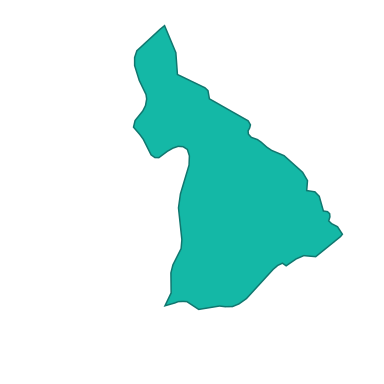 SVG path tracing the border of Balqa, rotated 134°
{"feature_id": "JOR-857", "entity_name": "Balqa", "entity_type": "Province", "adm_level": 1, "iso_a3": "JOR", "parent_name": "Jordan", "parent_adm1": "", "projection": "orthographic", "projection_center": [35.66, 31.936], "detail": "fine", "context": "isolated", "style": "filled", "palette": "teal", "viewbox_px": 384, "rotation_deg": 134, "n_neighbors": 0, "source": "natural_earth", "source_scale": "10m", "svg_char_len": 1106}
<svg xmlns="http://www.w3.org/2000/svg" viewBox="0 0 384 384"><g transform="rotate(134 192 192)"><path d="M91.4,327.3L103.0,300.4L117.6,284.1L108.0,254.9L108.0,250.9L112.9,244.2L101.8,201.0L103.1,196.6L105.9,195.0L109.1,194.1L111.2,191.6L111.5,187.3L108.8,181.3L108.1,176.8L107.8,169.5L106.8,163.7L101.9,151.0L101.0,126.1L103.6,116.8L111.3,110.5L106.5,103.7L106.7,97.5L114.4,84.3L112.0,80.9L112.0,77.9L114.1,75.5L117.8,73.6L117.8,69.6L115.9,63.2L117.9,54.5L120.9,54.2L152.6,58.1L160.1,67.4L167.8,70.6L179.7,73.0L180.4,77.5L185.1,79.3L191.2,79.9L230.9,78.8L239.9,80.5L246.3,83.3L251.5,88.5L254.9,93.0L271.8,105.6L274.4,119.5L276.8,122.3L280.5,125.8L283.6,127.2L292.6,132.4L279.1,136.9L264.8,151.0L257.7,155.1L240.3,160.5L233.4,166.1L212.8,190.7L201.4,199.0L174.7,212.8L167.8,219.0L164.6,224.9L165.6,229.9L168.8,233.7L173.7,236.2L179.8,238.0L190.3,239.7L193.0,242.6L193.7,247.2L187.9,263.7L186.9,269.4L186.0,279.1L180.1,282.6L167.8,283.7L162.1,285.5L156.6,289.2L153.8,292.8L148.4,307.4L140.9,321.1L135.1,326.7L128.7,329.8L97.1,328.0L91.4,327.3Z" fill="#14b8a6" stroke="#0f766e" stroke-width="1.5"/></g></svg>